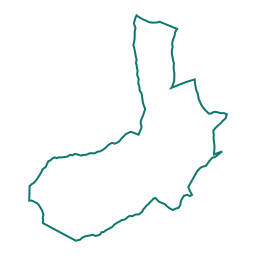 Nova Esperança, Paraná, Brazil
{"feature_id": "56859067B82552276787712", "entity_name": "Nova Esperança", "entity_type": "district", "adm_level": 2, "iso_a3": "BRA", "parent_name": "Brazil", "parent_adm1": "Paraná", "projection": "equal_earth", "projection_center": [-52.244, -23.163], "detail": "fine", "context": "isolated", "style": "outline", "palette": "teal", "viewbox_px": 256, "rotation_deg": 0, "n_neighbors": 0, "source": "geoboundaries", "source_scale": "gbopen_adm2", "svg_char_len": 2723}
<svg xmlns="http://www.w3.org/2000/svg" viewBox="0 0 256 256"><path d="M29.6,186.1L29.2,200.7L31.3,200.5L33.6,201.4L35.4,202.4L37.3,203.3L38.7,204.8L42.1,210.4L43.4,214.8L42.7,217.4L43.2,220.2L42.9,223.1L75.6,240.6L77.5,240.3L80.1,239.7L82.0,237.8L85.2,236.3L87.4,235.9L89.7,235.5L92.6,234.8L95.2,235.8L97.9,235.4L100.3,234.4L101.5,232.2L103.5,232.1L105.3,230.7L107.0,229.7L109.3,228.5L112.2,226.9L114.7,224.3L117.5,222.5L119.7,221.4L121.8,220.1L124.2,219.6L126.2,218.5L127.8,217.0L129.8,215.9L132.5,216.2L135.1,214.6L139.1,214.3L142.0,212.0L143.2,209.6L144.9,207.7L146.3,205.8L148.4,204.2L150.4,201.8L151.9,200.5L153.4,198.6L155.5,198.0L157.1,199.9L159.0,201.7L161.9,203.0L164.2,203.8L165.8,205.0L167.3,206.5L169.3,208.1L172.8,210.0L176.0,208.5L178.5,207.8L180.1,205.4L181.2,200.2L184.0,195.7L187.6,194.9L189.9,196.1L192.0,194.9L189.8,190.8L188.3,186.9L193.1,178.5L196.6,172.2L198.3,169.9L199.8,168.4L201.6,167.1L206.0,165.7L209.2,161.2L212.1,157.9L215.5,156.7L222.2,151.4L214.0,154.4L214.3,149.9L214.5,145.9L213.6,138.8L213.8,135.2L213.5,132.7L213.4,130.3L215.6,127.8L218.4,125.2L219.9,124.0L221.2,122.5L223.2,120.5L225.6,118.3L226.8,114.3L224.0,113.1L221.8,113.2L219.3,112.8L217.6,112.3L215.5,111.8L213.1,112.2L211.2,113.5L208.7,113.6L207.2,112.0L204.7,109.5L202.8,107.2L200.8,103.9L199.8,101.3L198.7,99.1L198.3,96.5L197.6,93.2L196.3,90.3L194.9,82.8L194.7,79.4L185.6,82.2L171.3,87.9L172.5,85.9L173.2,83.6L174.2,81.1L174.3,77.7L174.4,73.4L173.8,70.1L173.6,66.7L174.0,63.7L173.1,60.6L172.6,57.4L171.9,54.2L171.8,50.8L172.7,46.6L172.1,44.3L172.6,40.9L173.8,37.9L174.7,35.1L175.2,32.0L177.1,28.9L159.6,21.7L157.0,22.5L155.2,22.5L152.5,22.7L150.2,22.4L148.1,21.8L146.0,20.6L143.4,19.6L141.4,18.5L138.2,16.6L136.5,15.4L135.5,17.7L134.6,20.6L133.9,23.4L135.5,28.2L134.7,31.6L134.7,35.6L134.6,39.1L134.0,42.2L133.4,45.2L134.2,48.0L135.3,53.5L135.9,57.0L136.6,59.7L135.9,63.1L136.7,65.3L136.9,68.1L137.6,70.5L137.1,74.4L137.8,76.7L138.7,79.0L138.3,81.9L138.5,84.5L139.4,86.6L139.6,90.5L141.6,93.4L142.3,98.1L142.9,102.7L144.1,106.3L145.2,108.9L144.1,112.3L143.1,115.3L141.9,118.1L140.8,120.9L140.7,123.5L141.6,126.6L140.9,129.2L139.7,132.0L138.5,134.7L133.7,132.8L130.7,131.8L128.7,132.7L125.7,134.2L124.0,136.0L122.1,137.8L120.5,139.8L119.0,141.6L116.8,142.8L114.7,143.7L112.0,142.9L110.1,143.8L107.8,145.5L105.5,147.9L103.0,149.7L100.1,151.4L97.7,151.7L94.6,153.3L92.8,153.3L89.9,153.2L86.8,154.6L83.2,155.0L81.0,155.6L79.1,155.0L76.7,154.2L74.6,154.0L72.6,155.3L69.8,154.9L67.8,156.4L65.5,156.9L61.6,157.4L58.7,157.3L56.9,158.2L54.7,157.4L52.5,158.4L50.2,160.5L48.4,161.2L47.2,163.5L45.7,167.0L42.7,169.1L41.5,171.9L38.4,177.0L36.6,179.7L34.0,182.7L31.5,184.3L29.6,186.1Z" fill="none" stroke="#0f766e" stroke-width="2"/></svg>